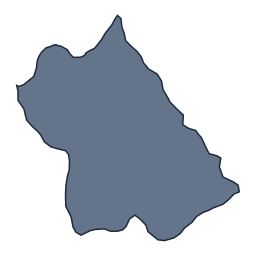 Barda District, Bərdə, Azerbaijan (orthographic projection)
{"feature_id": "54616110B76249555634218", "entity_name": "Barda District", "entity_type": "district", "adm_level": 2, "iso_a3": "AZE", "parent_name": "Azerbaijan", "parent_adm1": "Bərdə", "projection": "orthographic", "projection_center": [47.218, 40.364], "detail": "fine", "context": "isolated", "style": "filled", "palette": "slate", "viewbox_px": 256, "rotation_deg": 0, "n_neighbors": 0, "source": "geoboundaries", "source_scale": "gbopen_adm2", "svg_char_len": 1398}
<svg xmlns="http://www.w3.org/2000/svg" viewBox="0 0 256 256"><path d="M16.7,85.4L18.0,91.2L18.0,100.3L23.9,108.9L24.9,113.1L26.6,120.1L32.7,126.9L37.4,131.1L40.9,135.3L44.3,141.8L50.8,146.8L58.8,149.1L65.6,150.7L68.5,154.5L69.5,160.8L69.2,170.1L67.4,176.2L66.0,185.5L65.5,194.2L65.8,206.3L71.1,216.8L73.0,226.9L75.6,231.7L75.7,232.0L81.0,235.2L90.4,230.6L95.6,229.4L104.3,228.9L110.3,231.2L117.3,231.2L122.7,229.9L126.0,226.6L129.6,218.9L134.9,215.2L139.7,218.7L145.9,225.1L147.9,231.6L157.9,239.8L164.5,240.6L174.0,237.9L180.3,233.5L184.6,228.0L192.0,222.3L196.6,216.5L203.1,212.4L209.1,210.2L212.4,208.3L223.0,204.2L227.9,200.3L234.1,194.0L239.3,191.8L238.1,185.1L233.1,181.8L223.0,177.0L219.4,167.0L220.8,158.1L217.0,155.8L209.1,153.7L205.3,146.2L204.1,143.3L201.2,137.3L199.3,135.4L195.6,130.4L188.9,128.5L182.8,124.7L183.3,115.0L177.4,109.6L170.1,102.1L167.6,97.4L163.1,89.8L161.5,81.0L157.2,74.1L148.8,69.2L143.5,62.8L141.2,56.8L137.2,51.6L130.6,45.7L125.6,40.5L124.4,34.0L121.9,27.0L120.9,18.5L117.4,15.4L115.0,19.0L112.1,24.5L108.3,29.3L105.0,33.7L101.9,39.0L99.9,41.7L96.5,45.9L94.6,48.3L90.1,50.4L86.2,52.7L84.4,55.6L80.3,57.3L73.1,57.3L69.8,53.6L67.3,49.7L60.8,46.1L55.6,45.0L55.7,44.8L53.5,45.1L49.1,47.0L46.3,47.7L43.8,50.1L41.7,52.0L39.5,55.4L37.9,58.8L37.1,62.0L36.4,68.3L33.8,76.4L30.0,79.5L23.9,84.5L19.0,86.5L16.7,85.4Z" fill="#64748b" stroke="#1e293b" stroke-width="1.5"/></svg>